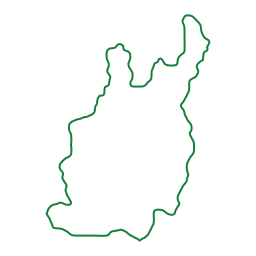 Moca, Espaillat, Dominican Republic (Mercator projection)
{"feature_id": "3306468B60047889099268", "entity_name": "Moca", "entity_type": "district", "adm_level": 2, "iso_a3": "DOM", "parent_name": "Dominican Republic", "parent_adm1": "Espaillat", "projection": "mercator", "projection_center": [-70.493, 19.469], "detail": "fine", "context": "isolated", "style": "outline", "palette": "green", "viewbox_px": 256, "rotation_deg": 0, "n_neighbors": 0, "source": "geoboundaries", "source_scale": "gbopen_adm2", "svg_char_len": 5766}
<svg xmlns="http://www.w3.org/2000/svg" viewBox="0 0 256 256"><path d="M172.7,214.8L173.9,214.2L174.3,214.0L174.6,213.6L174.9,212.7L175.5,210.8L175.9,209.8L177.8,206.4L178.8,205.1L179.2,204.4L179.2,203.9L179.2,203.0L178.8,202.1L178.0,200.4L177.7,199.3L177.6,197.7L177.8,196.6L177.9,196.0L178.3,195.1L179.3,193.2L180.2,191.2L181.7,188.5L182.6,186.6L183.3,185.6L185.8,182.4L186.4,181.4L186.6,180.9L187.3,177.7L188.1,175.4L188.2,174.5L188.0,173.7L187.2,171.4L187.0,169.8L186.8,168.0L186.8,166.3L186.9,164.5L187.2,163.4L187.5,162.4L188.8,160.1L189.7,158.1L190.3,157.2L192.5,154.5L193.2,153.5L193.4,153.0L193.8,151.9L194.0,150.1L194.1,147.6L194.0,145.1L193.9,143.3L193.6,142.1L193.3,141.0L192.0,138.8L191.1,136.8L190.2,135.1L189.9,134.2L189.8,133.7L189.9,132.8L190.0,132.4L191.0,131.2L191.2,130.8L191.4,129.9L191.6,128.8L191.6,127.7L191.5,126.6L191.3,125.5L191.1,125.0L190.6,123.9L188.0,120.7L187.4,119.8L186.5,117.8L185.0,115.0L184.7,113.9L184.2,111.7L183.9,110.7L183.3,109.7L181.4,107.1L181.0,106.2L180.9,105.7L181.0,105.2L181.1,104.7L181.6,103.8L183.4,101.7L184.0,100.7L184.9,98.8L186.5,96.1L187.4,94.1L188.3,92.2L188.8,91.3L189.0,90.1L189.2,88.9L189.2,82.8L189.4,81.7L189.7,80.7L190.0,80.3L190.7,79.6L193.6,77.9L194.9,77.2L195.7,76.7L196.3,75.9L197.5,73.8L198.0,72.9L198.2,71.9L198.2,70.8L197.9,69.9L197.1,68.2L196.8,67.2L196.8,66.1L197.1,65.1L197.4,64.6L198.0,63.6L198.8,62.8L199.7,62.0L201.2,61.0L202.9,60.1L203.4,54.8L203.8,53.0L204.3,52.1L205.1,51.5L206.7,50.7L207.3,50.0L207.4,49.6L207.5,48.7L207.3,47.9L207.0,47.3L209.1,43.2L209.4,42.3L209.4,41.9L209.3,41.4L208.8,40.6L208.2,40.0L207.4,39.5L206.0,38.8L204.9,37.9L204.2,37.2L203.6,36.3L202.0,33.0L201.6,32.0L201.2,30.2L200.8,26.5L200.5,25.3L199.9,24.2L198.4,22.3L195.8,19.5L193.5,17.3L192.0,16.2L190.8,15.7L189.0,15.4L187.2,15.4L186.1,15.6L185.6,15.8L185.1,16.1L184.4,16.9L183.0,19.4L182.7,20.3L182.6,21.4L182.7,22.5L183.1,23.4L183.7,24.7L184.1,25.8L184.3,27.0L184.5,28.9L184.6,48.3L184.6,50.1L184.4,51.3L184.0,52.3L183.7,52.8L183.0,53.4L181.4,54.6L180.1,55.7L178.9,57.0L178.3,57.9L178.1,58.5L177.8,59.6L177.4,63.0L177.0,64.1L176.7,64.5L176.3,64.8L175.3,65.3L174.2,65.4L173.1,65.5L170.6,65.5L168.8,65.4L167.6,65.2L166.5,64.9L165.5,64.4L165.0,64.1L164.3,63.3L163.8,62.5L162.7,60.2L161.7,59.2L160.9,58.7L160.5,58.6L160.0,58.6L159.5,58.7L159.1,59.0L158.8,59.3L158.6,59.7L158.1,61.2L157.7,61.8L157.0,62.3L155.0,63.2L154.7,63.5L154.2,64.3L153.3,67.2L152.2,69.6L151.9,70.6L151.6,72.5L151.5,76.2L151.4,77.4L151.2,78.6L151.0,79.1L150.5,80.0L149.4,81.1L147.6,82.5L146.2,84.4L145.1,85.4L144.2,85.9L143.6,86.2L142.4,86.4L141.2,86.5L135.4,86.6L133.1,86.5L132.0,86.3L131.5,86.0L131.0,85.7L130.7,85.2L130.4,84.3L130.3,83.8L130.4,82.8L130.7,81.7L131.9,79.5L132.3,78.5L132.6,76.7L132.6,75.4L132.6,74.2L132.4,72.9L132.0,71.8L129.0,67.0L128.5,64.9L128.4,63.8L128.6,62.8L129.8,60.0L130.2,58.3L130.4,57.0L130.3,55.8L130.2,54.5L129.8,53.4L129.2,52.5L128.9,52.1L128.1,51.5L127.2,51.1L124.9,50.4L124.1,49.9L123.8,49.5L123.4,48.6L123.3,47.6L123.2,46.0L121.7,44.7L120.8,44.2L119.7,44.1L118.7,44.2L118.2,44.4L117.4,45.0L116.8,45.6L115.7,47.1L114.9,47.6L113.9,48.0L110.5,48.4L109.4,48.7L108.9,48.9L108.1,49.6L107.4,50.4L107.1,50.8L106.8,52.0L106.6,53.2L106.5,55.0L106.7,57.5L106.9,58.7L107.2,59.9L108.5,62.7L108.8,63.8L108.8,64.9L108.7,66.0L108.5,67.0L107.7,68.8L107.4,69.7L107.3,70.8L107.3,71.3L107.4,71.8L107.9,72.8L109.5,75.0L110.0,75.8L110.3,76.8L110.2,77.7L109.6,80.0L108.9,84.0L108.5,85.0L108.2,85.4L107.9,85.7L105.6,86.8L105.2,87.1L104.9,87.5L104.7,87.9L104.5,89.5L104.3,92.9L104.1,94.0L103.9,94.4L103.5,94.9L103.1,95.2L102.7,95.4L101.7,95.6L99.6,95.7L98.4,97.4L97.9,98.3L97.5,99.5L97.0,103.0L96.8,104.0L96.6,104.5L95.6,105.8L95.3,106.8L94.9,110.2L94.6,111.4L94.2,112.4L93.9,112.8L93.2,113.6L92.4,114.2L91.9,114.5L87.7,116.5L86.6,116.8L83.9,117.3L82.9,117.7L80.5,118.7L79.5,119.0L76.8,119.5L75.8,119.9L71.5,121.9L70.3,122.9L69.7,123.7L69.2,124.8L69.0,125.4L68.9,126.6L68.9,127.8L69.0,129.1L69.3,130.3L69.6,131.4L70.8,133.7L71.2,135.4L71.3,137.3L71.4,140.4L71.2,142.9L71.0,145.0L71.4,148.3L71.4,151.2L71.3,153.0L71.1,154.1L70.9,154.6L70.3,155.5L69.6,156.2L68.8,156.8L66.8,157.7L65.9,158.2L64.1,159.6L62.4,161.2L61.2,162.5L60.5,163.4L59.9,164.4L59.7,165.5L59.6,166.1L59.6,167.2L59.8,168.3L60.0,168.8L60.6,169.8L62.6,172.4L63.0,173.3L63.1,173.8L63.1,174.2L62.5,176.3L62.4,176.8L62.4,177.8L62.5,178.3L62.9,179.3L64.6,182.2L65.9,183.9L66.3,184.9L66.4,186.0L66.4,187.2L66.1,188.2L65.4,190.1L66.2,192.4L66.9,195.1L68.4,197.2L69.6,199.6L70.8,201.7L71.0,202.6L71.0,203.1L70.8,203.6L70.5,204.0L70.1,204.4L69.7,204.6L69.2,204.7L68.2,204.8L66.6,204.7L65.5,204.5L64.5,204.1L62.7,203.2L61.8,202.8L61.3,202.7L60.2,202.7L59.2,202.9L57.4,203.7L56.4,204.0L53.7,204.6L52.7,205.0L51.7,205.5L50.7,206.2L49.5,207.5L48.8,208.4L48.2,209.4L48.0,209.9L47.3,212.1L46.6,213.8L49.7,218.9L50.5,221.0L51.8,223.7L52.7,226.6L53.2,227.4L54.1,227.9L55.1,228.2L56.1,228.3L60.0,228.5L61.1,228.7L62.2,229.0L66.4,231.2L67.4,231.8L70.5,234.4L71.5,234.9L72.1,235.1L73.9,235.5L76.4,235.6L91.8,235.6L103.3,235.8L105.8,235.7L107.5,235.4L108.4,234.9L108.7,234.6L109.8,233.1L110.5,232.4L111.3,231.8L112.3,231.3L113.4,231.1L117.6,230.5L120.0,229.8L120.8,229.7L121.3,229.7L122.2,230.0L125.4,231.5L126.4,232.1L129.1,234.4L130.0,235.0L131.0,235.6L132.9,236.5L135.2,237.8L137.2,238.7L138.0,239.3L139.7,240.6L141.0,239.6L141.8,239.0L142.8,238.5L143.9,238.1L145.6,236.9L146.5,236.1L147.7,234.8L148.4,233.9L149.0,232.9L149.9,231.0L151.2,228.7L152.0,226.7L153.0,224.9L153.4,223.9L153.7,222.8L153.8,221.0L153.9,219.2L153.7,214.3L153.8,212.6L154.0,211.5L154.2,211.1L154.6,210.6L155.0,210.3L156.0,209.9L157.1,209.7L159.5,209.7L160.7,209.8L161.9,210.1L163.1,210.5L163.6,210.7L164.5,211.4L166.8,213.2L168.3,214.1L169.9,214.6L172.7,214.8Z" fill="none" stroke="#15803d" stroke-width="2"/></svg>